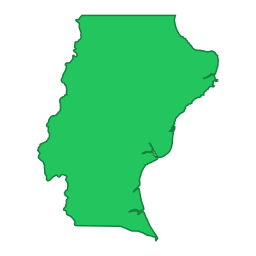 the border of Santa Cruz
{"feature_id": "ARG-1271", "entity_name": "Santa Cruz", "entity_type": "Province", "adm_level": 1, "iso_a3": "ARG", "parent_name": "Argentina", "parent_adm1": "", "projection": "mercator", "projection_center": [-69.587, -49.195], "detail": "fine", "context": "isolated", "style": "filled", "palette": "green", "viewbox_px": 256, "rotation_deg": 0, "n_neighbors": 0, "source": "natural_earth", "source_scale": "10m", "svg_char_len": 5719}
<svg xmlns="http://www.w3.org/2000/svg" viewBox="0 0 256 256"><path d="M75.8,56.7L76.6,56.3L77.0,55.4L77.0,54.5L76.7,53.6L76.3,52.9L74.2,51.5L73.7,50.9L73.8,50.2L75.3,49.3L75.8,48.7L74.5,47.0L74.9,44.6L75.3,43.9L75.3,43.6L74.9,42.8L75.0,42.5L75.3,42.0L77.1,41.9L77.6,41.7L79.0,40.0L80.2,39.2L81.0,38.4L81.2,37.3L80.8,34.9L81.2,33.3L81.1,32.6L79.5,28.4L79.3,27.3L79.3,24.4L79.3,23.5L78.8,22.8L75.9,20.6L75.8,20.4L75.8,20.1L76.3,19.8L78.6,19.4L79.1,19.1L80.2,17.3L81.9,15.4L175.4,15.4L174.5,18.7L174.4,20.8L175.5,26.1L176.3,28.7L179.0,34.3L181.0,36.2L182.9,36.8L183.4,37.7L184.3,38.4L185.3,38.6L185.8,38.9L186.1,39.9L186.9,40.6L188.0,42.7L188.8,42.9L189.0,43.4L191.4,46.0L192.8,48.2L193.7,49.0L195.7,50.1L196.6,50.0L197.3,50.5L198.2,50.2L198.7,50.4L200.1,50.2L201.6,50.8L202.9,50.7L203.5,51.0L207.1,51.8L209.8,51.6L211.1,51.0L212.2,51.0L213.6,51.9L214.5,52.0L215.0,52.6L215.3,53.5L217.6,55.7L217.4,56.3L218.3,60.3L218.0,62.6L217.8,66.0L215.3,74.0L214.8,74.2L214.2,74.3L211.0,73.9L209.6,75.5L206.9,76.9L205.5,78.0L204.9,78.1L202.8,78.1L203.9,78.5L204.8,78.4L206.6,77.4L208.4,76.9L210.6,75.7L211.2,75.0L212.3,74.7L214.0,74.9L214.4,75.4L215.1,78.7L215.7,79.3L217.2,79.8L216.6,80.2L216.5,80.6L217.2,81.0L215.5,81.5L215.3,80.9L214.1,80.5L213.4,80.8L213.0,81.5L212.9,82.1L213.4,82.5L213.2,83.4L213.0,83.7L212.9,84.1L212.5,84.4L212.6,84.8L213.2,85.3L214.0,85.5L214.1,86.1L213.7,86.7L213.0,86.9L212.8,86.4L212.4,86.2L212.0,86.5L210.3,86.6L209.3,87.1L208.7,87.5L208.5,88.3L208.1,89.2L206.3,90.0L205.7,91.2L204.8,91.5L204.5,91.9L204.0,92.7L203.6,93.9L203.9,95.0L203.6,95.1L201.4,94.9L201.0,95.4L201.1,95.9L201.0,96.6L200.2,97.1L199.2,97.4L196.8,97.7L195.8,98.5L194.5,99.2L194.0,99.9L193.1,100.5L192.5,101.4L192.0,101.7L191.8,103.2L190.7,103.7L189.1,104.0L187.7,105.1L186.1,106.1L185.6,106.8L185.4,108.5L184.5,109.5L184.2,111.2L183.1,112.1L181.4,112.9L179.4,114.2L176.0,118.1L175.5,119.2L175.0,121.3L174.2,122.1L174.2,123.0L174.6,123.2L174.7,123.8L173.8,124.4L173.4,125.4L173.2,126.2L172.6,126.9L171.9,127.2L172.6,128.2L172.4,128.6L171.3,129.3L171.6,129.5L171.6,130.0L171.0,130.7L169.7,130.9L169.6,131.1L170.0,131.3L172.1,131.3L172.7,130.6L173.1,129.3L173.0,128.4L173.4,127.9L173.5,126.9L174.1,126.2L174.5,126.3L174.8,126.8L174.7,128.9L173.7,130.8L172.7,136.3L172.3,141.2L172.4,141.7L171.9,145.1L171.0,148.3L169.6,151.3L168.2,152.8L164.0,156.0L161.9,157.0L159.8,157.4L157.9,157.1L157.1,155.9L156.6,155.6L156.1,154.7L155.1,152.2L154.6,151.5L153.8,150.8L153.3,149.9L152.7,147.9L152.1,147.0L150.7,144.3L149.8,143.5L148.8,143.2L150.2,144.2L150.5,144.6L150.6,145.2L152.1,147.8L152.5,149.4L152.5,150.3L151.4,151.2L150.3,151.8L149.6,151.8L148.7,151.6L147.3,151.8L145.6,151.6L144.8,152.2L144.0,152.6L143.4,152.6L142.5,153.2L142.5,153.5L144.7,153.3L145.5,152.6L146.4,152.2L148.1,152.3L150.3,152.7L152.4,151.8L152.9,152.2L153.1,152.9L153.8,153.5L154.0,155.1L154.4,155.8L155.5,156.8L156.1,156.9L156.5,157.1L156.8,157.5L157.4,157.7L157.7,158.2L157.4,159.0L156.7,159.3L155.7,160.1L148.8,163.4L148.1,163.3L147.6,163.8L147.5,164.3L146.5,164.6L146.1,164.5L145.6,164.8L145.5,165.6L145.1,165.9L143.4,168.3L141.0,173.1L140.9,174.7L140.0,177.4L139.3,179.7L139.4,180.3L139.7,181.2L139.9,183.5L139.8,184.6L139.6,185.5L138.0,186.7L136.8,188.1L134.8,189.7L133.8,190.8L133.3,192.1L136.2,189.6L138.3,188.3L138.9,188.3L139.1,188.9L139.2,189.6L140.3,195.8L140.4,196.9L140.8,197.7L141.0,199.2L141.3,200.8L143.6,207.4L143.8,209.0L143.6,209.6L143.2,210.1L142.3,209.8L141.7,209.8L141.2,210.1L140.5,211.1L140.0,211.3L138.8,211.1L136.2,209.6L134.1,209.5L133.2,210.0L131.3,210.4L130.2,211.3L128.6,212.0L133.6,210.8L134.7,210.7L135.8,210.9L139.2,212.4L139.0,213.0L137.7,214.1L137.7,214.3L138.2,214.3L140.5,213.1L142.1,211.6L142.8,211.5L143.4,211.9L144.3,212.8L145.7,217.0L146.8,218.7L148.5,222.8L150.0,226.2L157.4,237.5L157.6,238.2L157.4,238.7L156.4,239.9L156.2,240.5L155.8,240.6L155.6,240.2L155.7,239.7L155.5,239.0L155.5,237.6L155.3,237.2L152.6,236.5L151.5,235.9L146.9,235.1L142.6,232.7L137.9,231.1L131.6,230.9L120.9,226.3L75.7,225.6L74.6,224.9L74.7,223.3L75.0,222.1L74.8,221.1L74.2,220.2L72.1,217.7L70.5,216.3L69.5,215.6L67.3,214.9L66.9,214.5L66.6,213.8L66.4,211.7L66.2,211.1L65.7,210.5L63.9,210.2L63.5,209.4L64.1,208.2L65.7,206.5L65.7,205.2L66.2,204.1L66.4,203.4L66.4,200.5L66.6,200.0L67.9,198.0L67.9,197.5L67.5,197.0L65.8,195.8L65.0,194.9L64.5,193.7L64.5,192.9L64.7,192.4L66.0,190.4L67.1,190.1L67.4,189.3L67.7,187.6L67.9,184.5L67.8,183.1L67.3,182.1L66.0,180.3L65.8,179.7L65.8,179.2L66.8,176.9L66.8,176.3L65.0,175.2L62.2,174.5L61.2,175.0L59.6,176.9L58.6,177.0L58.1,176.7L56.9,175.4L56.4,175.1L55.9,175.2L53.1,176.9L52.2,177.6L50.6,179.5L49.6,180.2L48.6,180.7L47.6,180.7L46.7,179.9L46.5,178.7L46.6,177.3L46.4,176.0L45.2,174.1L44.9,173.5L44.8,172.9L44.8,170.8L44.5,168.2L44.5,166.0L44.3,164.9L43.4,162.5L42.9,161.6L41.5,160.7L38.6,158.0L38.4,157.0L38.6,155.9L39.8,153.7L39.8,153.2L39.3,152.1L37.7,150.5L37.8,150.1L38.4,149.1L38.5,147.5L39.7,146.2L40.2,145.3L40.1,144.3L46.3,141.6L49.4,137.1L49.5,134.3L48.9,132.4L48.1,131.3L48.3,128.4L48.6,126.9L47.1,126.6L46.6,125.9L46.6,125.0L46.9,124.2L48.4,122.2L48.6,121.8L48.7,120.3L49.0,119.6L50.6,117.2L51.5,116.3L52.6,115.8L54.8,115.6L55.9,115.2L56.7,114.5L59.6,111.2L60.2,110.2L60.4,109.1L60.5,107.8L60.4,104.1L59.9,102.2L59.7,100.4L60.6,98.4L62.4,97.1L63.9,96.6L64.2,96.3L65.3,94.8L65.9,94.7L66.6,94.9L66.9,94.8L67.0,94.3L66.3,92.6L66.7,90.1L66.1,85.9L65.9,85.2L64.9,84.8L64.7,84.6L64.6,83.6L64.2,83.1L62.8,82.6L62.1,81.9L61.5,80.9L61.3,79.9L62.3,77.8L63.3,74.2L65.5,70.3L65.9,69.2L66.5,66.1L66.4,65.7L65.3,64.8L65.5,64.0L66.3,63.2L67.2,62.8L69.0,63.0L69.5,62.9L69.9,62.6L72.5,59.3L72.9,58.5L73.1,57.9L72.8,56.1L72.9,55.7L73.1,55.4L73.6,55.5L75.1,56.5L75.8,56.7Z" fill="#22c55e" stroke="#15803d" stroke-width="1.5"/></svg>